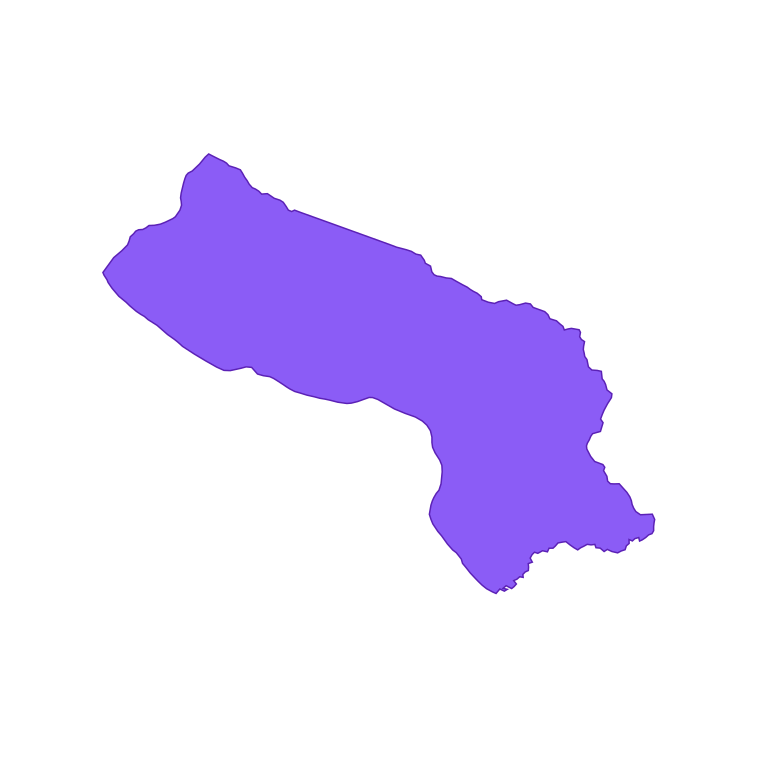 outline of Castilho, São Paulo, Brazil, rotated 288°
{"feature_id": "56859067B68099845799403", "entity_name": "Castilho", "entity_type": "district", "adm_level": 2, "iso_a3": "BRA", "parent_name": "Brazil", "parent_adm1": "São Paulo", "projection": "natural_earth1", "projection_center": [-51.587, -20.896], "detail": "fine", "context": "isolated", "style": "filled", "palette": "violet", "viewbox_px": 768, "rotation_deg": 288, "n_neighbors": 0, "source": "geoboundaries", "source_scale": "gbopen_adm2", "svg_char_len": 3760}
<svg xmlns="http://www.w3.org/2000/svg" viewBox="0 0 768 768"><g transform="rotate(288 384 384)"><path d="M548.6,146.2L544.4,143.8L536.2,140.6L527.3,135.8L524.1,132.6L521.3,131.4L517.9,131.2L513.3,131.3L503.0,132.1L498.1,133.0L495.2,134.6L491.5,136.2L486.2,136.2L478.6,133.9L476.1,132.1L470.2,125.9L466.9,121.9L464.0,116.6L462.1,111.5L458.9,109.3L456.4,106.8L454.9,103.0L452.6,100.6L449.4,99.4L445.6,97.2L441.1,97.4L437.0,97.1L429.8,93.5L420.7,87.9L403.2,82.2L401.0,84.1L397.5,88.4L395.3,90.2L391.0,95.8L385.5,104.7L382.1,113.4L379.8,118.1L376.6,125.9L375.1,131.1L374.2,135.3L372.3,139.8L369.7,150.0L364.2,162.8L361.7,170.8L360.4,174.3L358.9,177.8L357.5,180.8L353.8,194.6L350.8,207.7L348.4,219.5L347.5,227.6L349.2,233.6L354.7,243.0L357.7,247.6L358.9,253.0L354.4,260.6L354.6,266.6L355.7,273.1L355.2,277.2L354.4,280.5L352.4,288.0L351.2,292.0L350.2,296.0L349.3,301.4L349.5,306.6L349.6,314.1L350.3,321.7L350.6,327.4L351.4,332.6L351.9,337.6L352.4,345.6L354.0,354.7L355.7,358.8L359.1,364.3L363.0,369.3L366.6,374.0L367.6,377.4L367.4,383.0L363.5,401.6L362.6,413.2L362.3,424.1L360.6,432.0L358.1,437.5L353.9,442.6L348.3,446.0L343.1,447.7L338.8,449.8L334.3,453.9L328.9,460.5L324.5,464.2L321.6,465.3L318.4,466.5L306.7,469.1L300.0,469.1L296.0,467.5L291.3,466.5L287.7,466.1L283.3,466.1L274.1,467.4L269.9,470.4L266.0,473.7L260.4,480.8L257.4,485.7L251.5,493.7L247.4,500.6L245.9,504.9L243.1,509.1L241.4,511.6L237.7,514.1L234.6,519.0L230.9,524.5L227.1,531.4L225.3,534.8L223.0,539.5L221.0,544.8L219.8,551.4L219.4,555.3L224.8,557.5L224.2,562.5L226.8,564.7L226.5,560.4L229.9,562.5L228.9,568.6L231.5,570.3L234.7,571.7L237.1,568.1L239.5,570.8L242.6,572.6L243.1,576.1L245.8,574.9L248.9,576.4L251.2,578.9L254.5,578.1L257.8,576.7L260.4,580.1L263.6,576.8L267.6,577.6L270.5,579.1L270.5,582.6L274.4,586.3L274.9,591.3L278.8,591.7L280.1,595.5L282.8,597.0L286.6,598.6L288.9,602.8L290.3,605.7L288.5,610.5L287.0,615.3L286.1,619.5L289.0,621.6L291.4,624.1L294.3,626.8L295.0,630.7L296.6,634.1L293.8,636.2L294.7,640.3L292.7,645.1L295.7,647.5L295.1,652.5L295.6,658.4L298.5,661.2L300.9,664.5L305.0,664.5L308.1,666.4L311.8,665.1L311.5,668.7L314.5,670.4L316.7,673.7L313.6,675.6L315.6,677.8L318.8,680.3L322.3,682.3L324.5,685.1L327.8,685.8L331.7,684.5L335.6,683.7L338.8,683.3L343.1,679.4L338.9,668.3L340.5,662.9L343.1,659.8L346.1,657.2L349.5,655.3L352.6,652.7L356.0,648.5L361.8,638.5L360.1,633.8L359.1,630.1L360.7,626.7L365.1,624.5L369.4,619.6L373.0,619.7L375.0,617.1L375.4,608.3L379.0,602.9L384.8,597.0L387.7,595.7L390.6,595.7L394.3,596.5L398.1,596.8L401.2,597.7L405.8,604.5L414.9,604.3L417.6,600.8L422.5,601.0L427.1,601.4L434.3,602.7L438.1,603.7L441.3,604.5L445.1,603.8L447.3,597.9L452.0,594.9L454.6,592.5L456.3,589.9L463.2,586.8L462.8,582.6L461.5,577.4L463.5,573.1L469.9,569.5L472.2,566.4L475.1,564.9L478.4,562.9L481.5,562.2L486.3,561.6L487.3,558.0L489.4,555.5L493.8,554.9L495.9,552.8L494.8,545.0L493.2,542.0L491.1,538.8L494.1,536.4L495.7,532.2L497.4,528.5L497.3,521.6L500.6,518.5L502.5,514.5L502.9,502.2L505.4,498.5L504.7,493.6L501.4,488.6L499.7,485.2L500.2,481.9L501.6,474.7L497.7,467.5L494.8,464.3L494.0,457.9L494.4,450.9L497.1,449.5L499.1,444.6L499.7,440.6L500.6,436.8L501.8,433.3L502.7,427.8L504.0,421.1L505.2,415.5L504.1,410.4L503.7,404.5L503.0,401.1L503.4,397.8L505.5,394.8L510.5,391.8L511.6,386.0L514.1,384.1L517.9,379.1L517.4,374.2L518.6,369.1L518.6,363.9L518.3,358.4L518.0,353.7L518.2,350.3L518.7,335.9L520.6,277.4L521.4,251.4L521.7,245.2L519.5,242.9L519.8,239.3L522.5,236.2L525.7,232.0L526.7,228.2L526.7,222.2L529.0,214.3L526.8,208.9L528.7,205.3L529.7,201.4L530.0,198.0L532.4,194.0L535.1,191.0L537.6,187.6L540.9,184.1L543.3,181.2L543.7,176.2L543.6,169.1L545.4,166.0L546.3,162.4L546.7,158.3L547.3,154.3L548.0,149.8L548.6,146.2Z" fill="#8b5cf6" stroke="#5b21b6" stroke-width="1.5"/></g></svg>